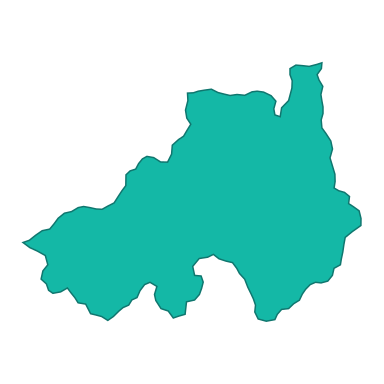 Cipotânea, Minas Gerais, Brazil
{"feature_id": "56859067B10436357826838", "entity_name": "Cipotânea", "entity_type": "district", "adm_level": 2, "iso_a3": "BRA", "parent_name": "Brazil", "parent_adm1": "Minas Gerais", "projection": "natural_earth1", "projection_center": [-43.36, -20.915], "detail": "fine", "context": "isolated", "style": "filled", "palette": "teal", "viewbox_px": 384, "rotation_deg": 0, "n_neighbors": 0, "source": "geoboundaries", "source_scale": "gbopen_adm2", "svg_char_len": 2162}
<svg xmlns="http://www.w3.org/2000/svg" viewBox="0 0 384 384"><path d="M332.4,275.4L334.0,268.3L340.4,264.8L341.3,259.1L342.8,252.0L343.9,244.4L345.2,237.4L352.3,231.6L356.7,228.5L360.9,225.5L361.0,218.5L359.1,210.8L353.4,206.7L348.6,203.6L349.5,196.5L344.5,192.4L338.6,190.7L334.1,188.0L335.1,181.5L334.9,174.2L332.4,165.8L330.0,157.9L332.5,149.0L330.8,141.0L326.0,133.6L321.9,127.9L321.2,119.9L323.0,113.5L323.0,106.9L321.9,101.0L320.9,94.5L322.8,86.4L319.0,80.0L317.1,74.6L321.4,68.6L321.9,62.8L316.9,64.4L309.2,66.4L302.0,65.6L295.9,65.1L290.0,68.6L290.0,74.7L292.2,80.7L291.9,88.1L288.6,100.6L281.6,107.8L280.2,116.7L274.9,114.9L273.8,108.8L275.9,101.2L271.1,95.7L263.6,92.1L257.2,91.2L252.1,91.8L244.8,95.3L237.0,94.5L230.1,95.5L224.1,94.1L217.9,92.5L211.4,89.2L204.2,90.2L198.2,91.2L193.4,92.8L187.5,93.1L187.9,100.6L185.5,110.1L186.8,118.1L190.8,124.2L187.0,130.4L183.6,136.2L178.6,139.5L172.3,145.2L171.6,154.1L167.6,162.1L160.6,162.0L153.7,157.6L146.9,156.4L142.4,158.9L138.6,163.6L135.7,169.1L130.1,170.9L126.0,174.8L125.8,185.6L122.0,190.7L118.4,196.2L114.1,202.9L107.8,206.1L102.1,209.3L96.2,209.0L89.9,207.6L83.6,206.5L78.2,207.6L71.5,211.6L64.4,213.2L58.2,218.2L54.0,223.9L49.7,229.1L42.2,230.7L35.7,235.2L29.3,240.3L23.0,242.5L29.8,247.6L37.4,251.1L45.3,255.5L47.8,264.8L42.9,270.9L41.1,279.1L46.4,283.9L48.6,290.3L52.9,293.3L60.6,291.9L67.4,288.0L71.2,293.1L74.9,297.7L78.1,302.8L85.7,304.1L90.6,313.7L95.6,314.9L101.6,316.5L107.8,320.4L113.4,316.5L119.0,311.0L123.0,307.6L128.7,305.1L131.9,299.9L137.0,297.6L140.0,290.7L144.6,284.6L150.0,282.3L156.9,286.4L154.5,294.5L155.8,300.5L161.0,308.6L168.2,311.0L173.3,318.0L178.8,316.1L185.1,314.3L186.5,301.8L194.6,300.0L199.4,294.5L201.6,288.4L203.2,282.1L201.1,276.0L194.6,275.4L192.7,266.4L199.2,258.5L207.7,257.2L213.4,254.4L219.0,258.8L226.0,261.1L232.5,262.6L236.8,268.4L239.5,273.5L244.7,279.2L247.8,287.2L250.9,293.5L253.4,298.9L255.5,305.1L254.8,312.0L258.2,319.0L266.3,321.2L274.9,319.6L277.3,314.3L281.6,309.4L288.6,308.6L293.7,303.7L299.4,300.2L302.3,294.1L305.6,289.3L310.2,284.6L315.5,282.3L321.1,282.9L327.8,281.1L332.4,275.4Z" fill="#14b8a6" stroke="#0f766e" stroke-width="1.5"/></svg>